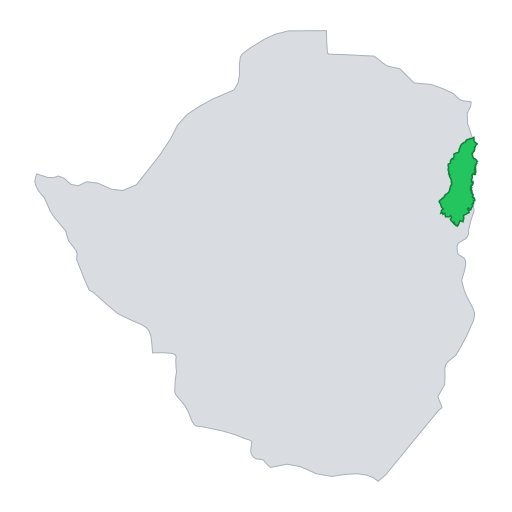 location of Nyanga, Manicaland, Zimbabwe
{"feature_id": "62879985B16821678583413", "entity_name": "Nyanga", "entity_type": "district", "adm_level": 2, "iso_a3": "ZWE", "parent_name": "Zimbabwe", "parent_adm1": "Manicaland", "projection": "natural_earth1", "projection_center": [32.82, -17.911], "detail": "fine", "context": "in_parent", "style": "filled", "palette": "green", "viewbox_px": 512, "rotation_deg": 0, "n_neighbors": 0, "source": "geoboundaries", "source_scale": "gbopen_adm2", "svg_char_len": 7686}
<svg xmlns="http://www.w3.org/2000/svg" viewBox="0 0 512 512"><path d="M378.2,481.3L373.1,477.5L366.1,475.0L357.3,473.8L345.9,474.3L331.8,476.4L316.7,473.9L300.5,466.7L287.1,464.2L271.1,467.3L270.4,467.4L267.6,465.0L263.2,459.8L255.9,458.8L253.9,457.6L252.2,455.7L251.1,453.2L250.7,450.4L251.8,441.9L251.2,440.9L249.2,439.9L245.2,438.8L235.6,434.9L223.4,431.2L203.7,427.0L196.1,426.0L194.3,424.7L192.1,421.5L188.2,411.7L184.6,405.2L176.1,395.1L174.7,392.0L175.0,384.0L175.6,377.6L176.5,372.1L176.0,367.0L175.8,360.7L176.1,356.4L174.9,354.6L171.8,353.3L163.1,352.7L152.5,352.9L152.1,346.5L151.0,336.5L148.9,330.7L146.5,327.8L141.6,324.6L131.7,320.4L118.2,313.9L106.6,304.3L93.4,292.3L89.2,290.2L84.3,279.0L76.7,259.8L77.1,253.4L75.9,250.3L68.6,240.8L67.0,235.9L65.7,231.0L54.1,217.1L50.1,211.1L47.0,203.4L44.0,197.2L41.5,194.7L38.2,190.4L35.9,185.6L34.8,182.0L35.6,177.2L36.7,173.9L47.6,177.4L53.6,177.7L58.2,176.0L64.0,178.2L70.9,184.5L78.4,185.7L86.5,181.8L97.5,183.0L111.3,189.2L122.8,190.5L136.3,184.9L148.4,169.6L159.7,155.2L170.8,138.5L177.5,125.1L187.4,114.2L200.4,105.7L213.7,98.6L234.1,89.9L238.1,82.7L239.5,74.9L239.4,64.0L240.4,56.9L242.6,53.7L245.9,51.2L250.3,47.9L263.7,39.6L275.0,34.3L288.7,30.8L303.8,30.8L318.3,30.7L326.5,30.7L326.7,41.2L327.4,53.0L329.0,54.2L339.9,54.4L357.4,55.3L374.2,56.1L385.0,64.6L388.6,66.4L399.8,68.7L414.1,83.0L431.3,84.4L443.2,88.8L453.6,93.7L459.6,99.6L463.4,100.9L468.7,101.4L471.2,101.9L470.7,106.2L467.2,113.3L467.6,123.6L472.4,137.8L473.1,150.2L471.6,172.1L471.7,193.2L472.2,200.8L472.9,205.8L474.0,208.5L473.8,211.7L470.9,220.5L468.6,229.9L468.5,233.6L467.6,236.2L465.9,238.6L458.5,242.9L457.2,245.6L457.2,250.4L458.2,254.5L461.0,256.0L464.3,258.3L465.7,261.3L465.7,264.5L464.6,270.4L461.6,280.3L464.6,291.6L468.0,298.9L472.6,307.4L474.5,312.6L474.4,316.4L473.7,320.0L466.8,335.5L461.8,345.1L455.7,355.4L447.7,361.9L445.6,365.0L444.8,368.6L445.0,376.3L444.7,384.4L437.8,396.8L442.1,407.5L441.1,408.5L438.8,410.1L428.9,422.1L418.9,434.3L411.6,443.2L403.3,453.3L394.0,464.7L386.1,474.4L378.2,481.3Z" fill="#d9dde1" stroke="#a8b0b8" stroke-width="1"/><path d="M442.9,214.3L444.9,213.4L445.5,216.8L449.1,216.8L450.6,215.6L451.7,217.3L450.3,219.1L451.0,220.6L452.2,221.7L453.5,223.2L453.8,222.8L454.1,222.9L454.0,222.7L454.3,222.4L454.5,224.3L454.9,224.2L456.1,225.7L457.0,225.2L457.1,226.0L457.5,226.1L458.9,223.5L459.8,221.0L460.1,220.7L460.9,221.0L461.0,221.0L463.0,221.8L463.8,218.1L463.5,215.4L469.2,212.5L468.9,211.7L468.4,210.3L467.4,208.5L468.7,207.9L469.9,210.1L470.9,209.7L471.3,208.0L471.6,207.5L472.6,206.1L472.8,205.3L472.7,204.8L472.1,204.5L472.1,204.3L472.9,203.1L473.6,203.4L473.6,200.7L474.7,200.7L474.8,200.2L474.7,199.5L474.7,199.3L474.4,199.1L474.2,198.8L474.3,198.7L474.0,198.5L474.1,198.2L473.7,198.2L473.4,198.1L473.2,197.9L473.0,197.4L473.2,197.2L472.9,197.0L472.7,197.0L472.8,196.8L472.6,196.6L472.7,196.3L472.8,196.4L472.8,196.1L472.8,195.3L473.1,195.3L473.1,195.0L472.8,195.1L472.7,194.9L472.5,194.7L472.5,194.3L472.4,194.3L472.4,194.1L472.3,193.9L472.5,193.8L472.5,193.6L472.3,193.5L472.2,193.5L472.1,193.3L471.9,193.2L472.1,193.1L472.1,192.9L471.9,192.6L472.0,192.4L471.9,192.2L471.7,192.3L471.6,192.2L471.8,191.8L471.7,191.7L471.2,191.0L471.5,191.0L471.5,191.3L471.9,191.0L471.8,190.8L471.6,190.7L471.5,190.3L471.2,190.2L471.4,189.4L471.0,189.4L470.8,189.7L470.5,189.7L470.6,189.2L470.8,189.2L470.9,188.9L470.7,188.8L470.7,188.5L471.2,188.0L471.6,187.8L471.7,187.6L471.4,187.0L471.1,187.1L471.0,186.7L470.7,186.7L471.1,186.2L471.2,185.8L471.1,185.5L471.5,185.0L471.8,185.0L472.2,185.2L472.3,185.1L472.5,184.8L472.4,184.5L472.6,184.2L472.7,183.9L472.6,183.6L472.8,183.6L472.6,183.2L472.8,183.1L472.6,182.7L472.7,182.2L472.8,182.1L473.1,182.2L472.9,181.5L472.5,181.8L471.9,181.7L471.6,181.8L471.6,181.7L471.6,181.3L471.6,181.1L471.5,180.7L471.3,180.2L471.5,180.1L471.5,179.6L471.6,179.4L471.5,179.2L471.8,179.2L472.0,179.0L472.0,178.5L472.1,178.2L472.2,177.7L472.4,177.2L472.3,176.6L472.1,176.0L471.9,175.8L472.1,175.6L471.9,175.1L472.2,175.0L472.3,174.7L472.5,174.6L472.7,174.1L472.8,174.2L472.8,174.3L472.9,174.2L473.1,174.3L473.3,174.0L473.5,174.0L473.8,174.2L473.9,174.4L474.4,174.4L474.5,174.1L474.9,174.6L475.0,174.6L475.3,174.4L475.0,174.1L474.9,173.8L475.0,173.5L474.8,173.3L475.1,173.3L475.4,173.2L475.5,172.8L475.4,172.7L475.3,172.8L475.3,172.3L475.1,171.9L475.4,171.6L475.9,171.6L475.8,171.2L475.8,170.8L475.7,170.7L475.5,171.0L475.1,171.1L475.0,170.6L474.8,170.7L474.5,170.5L474.5,170.3L474.7,170.0L474.6,169.8L474.8,169.4L474.8,168.8L475.4,169.2L475.7,169.0L475.6,168.6L475.5,168.3L475.1,168.3L475.0,168.2L475.2,167.8L475.1,167.5L475.1,166.7L475.5,166.6L475.4,166.4L475.2,166.2L475.5,165.8L475.3,165.5L475.4,165.1L475.5,165.0L476.0,164.8L475.9,164.1L476.2,164.0L476.4,163.5L476.8,163.2L476.6,162.7L476.7,162.2L476.8,161.8L476.8,161.4L477.2,161.2L476.6,160.7L476.4,160.1L475.3,159.0L474.7,158.8L474.5,158.6L474.1,158.8L473.9,158.8L473.6,158.4L473.3,158.2L473.2,158.0L473.2,157.7L473.1,157.2L472.7,156.5L472.5,155.9L472.1,154.2L472.1,153.5L472.3,152.9L472.8,152.8L473.4,151.6L473.7,151.2L473.9,151.1L474.1,151.2L474.3,151.1L474.2,150.4L474.7,149.6L474.7,149.4L474.6,149.2L474.8,148.9L474.5,147.5L474.5,147.4L474.9,147.3L474.9,147.2L475.1,147.1L475.1,146.7L475.3,146.5L475.4,146.1L475.8,145.6L475.9,145.2L476.4,144.6L477.0,144.2L477.2,143.9L474.3,141.6L474.1,141.3L473.9,137.4L472.1,138.4L471.3,138.5L470.8,138.5L469.9,138.6L469.6,139.1L469.4,139.1L469.3,139.4L468.9,139.5L468.4,139.4L468.1,139.6L467.9,139.4L467.7,139.4L467.4,139.6L467.0,139.6L466.8,139.7L466.2,140.2L466.0,140.6L466.0,140.9L465.9,141.2L465.6,141.9L465.3,142.2L465.2,142.2L464.3,142.2L463.6,142.9L463.3,143.0L462.9,143.4L462.5,143.4L461.7,144.2L461.2,144.7L461.2,145.0L460.8,145.7L460.5,145.9L460.6,146.3L460.4,146.7L460.2,147.2L459.1,149.5L459.0,150.5L459.2,151.1L459.1,151.6L458.8,151.8L458.6,151.9L458.0,152.5L457.5,152.7L456.3,152.9L455.8,153.1L455.2,153.4L454.7,153.7L454.4,153.8L453.8,154.3L453.8,154.5L454.0,155.0L454.1,155.5L454.1,156.1L454.0,157.0L453.8,157.9L453.6,158.2L453.2,158.3L453.2,158.5L453.1,159.0L452.8,158.7L452.2,158.5L451.8,158.9L451.7,159.2L451.2,159.4L451.1,159.7L451.1,159.8L450.9,160.2L450.6,160.3L450.4,161.4L450.5,162.0L450.5,162.5L450.4,162.8L450.3,163.3L449.0,163.8L448.8,164.0L448.3,164.1L448.2,164.2L448.2,165.7L448.4,167.0L448.7,167.6L448.7,167.9L448.4,168.3L448.2,169.0L448.3,169.6L448.1,170.1L448.1,170.3L448.4,170.8L448.8,171.1L449.0,171.4L448.8,171.8L449.0,172.3L448.7,172.9L448.7,173.3L448.6,173.5L448.9,174.1L449.1,174.2L449.3,174.5L449.2,174.7L449.2,175.0L449.6,175.1L449.5,175.4L449.6,175.6L449.8,175.5L449.5,176.1L450.4,178.3L450.6,178.6L451.0,178.8L451.0,179.3L451.2,179.7L451.2,180.1L451.3,180.5L451.4,181.5L451.6,181.7L451.3,182.3L451.5,182.8L451.6,183.3L451.9,184.4L451.3,185.1L450.9,185.2L450.8,185.5L450.7,186.0L450.8,186.3L450.6,186.5L450.4,186.6L450.2,187.4L450.1,188.3L449.9,188.5L450.1,188.9L449.6,189.7L449.6,189.9L449.5,190.1L449.5,190.7L449.4,190.8L449.2,191.0L449.2,191.5L449.0,191.8L448.9,191.9L448.8,192.1L448.7,192.2L448.6,192.5L448.0,192.8L447.9,193.1L447.7,193.2L447.6,193.3L447.3,193.5L447.1,193.8L446.6,194.0L446.4,194.2L445.7,194.4L445.5,194.6L445.4,194.8L445.1,194.9L445.0,195.4L444.9,195.5L444.9,195.8L444.6,195.9L444.6,196.3L444.1,196.9L443.7,197.8L443.1,197.8L442.8,198.1L442.5,198.1L442.3,198.2L442.1,198.5L441.4,199.4L441.1,199.5L440.8,199.8L440.5,199.9L440.3,200.2L439.9,200.5L439.7,200.6L439.4,200.9L439.3,201.4L439.1,201.6L439.2,201.9L439.4,202.0L439.5,202.5L440.4,203.7L440.4,203.8L440.7,204.6L440.9,205.6L441.0,205.8L441.3,206.1L441.5,207.2L443.3,209.0L441.7,210.1L440.8,213.3L442.6,212.6L442.9,214.3Z" fill="#22c55e" stroke="#15803d" stroke-width="1.5"/></svg>